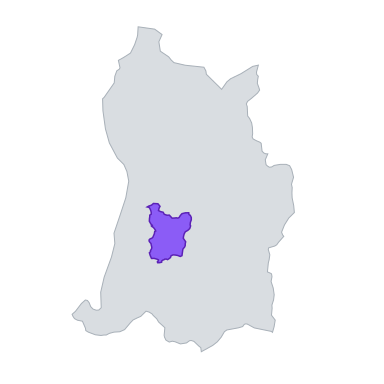 where Lovech sits in Bulgaria, rotated 277°
{"feature_id": "BGR-2247", "entity_name": "Lovech", "entity_type": "Province", "adm_level": 1, "iso_a3": "BGR", "parent_name": "Bulgaria", "parent_adm1": "", "projection": "albers", "projection_center": [24.557, 43.037], "detail": "fine", "context": "in_parent", "style": "filled", "palette": "violet", "viewbox_px": 384, "rotation_deg": 277, "n_neighbors": 0, "source": "natural_earth", "source_scale": "10m", "svg_char_len": 3569}
<svg xmlns="http://www.w3.org/2000/svg" viewBox="0 0 384 384"><g transform="rotate(277 192 192)"><path d="M326.0,242.4L318.9,241.4L316.5,241.9L315.0,243.7L311.8,243.5L307.8,243.6L303.7,245.7L301.4,246.7L298.2,245.0L292.3,239.7L288.7,236.1L286.0,235.2L283.5,236.4L274.2,238.0L272.0,240.2L267.8,242.8L263.4,244.1L257.2,245.1L253.9,245.0L252.1,246.2L250.7,249.8L249.7,253.3L248.8,254.7L241.0,256.6L239.4,258.7L238.9,260.6L239.1,262.6L232.9,260.8L228.1,262.2L227.0,263.7L226.0,265.8L226.6,268.1L228.4,270.3L230.2,276.3L230.9,282.2L230.0,285.7L226.4,288.2L219.0,291.0L211.8,289.8L208.6,290.9L203.3,291.3L198.4,292.1L190.9,294.6L184.1,296.1L177.9,291.2L170.6,287.8L163.0,285.8L160.3,287.3L159.2,288.5L152.8,284.1L149.9,282.5L148.5,280.8L145.9,274.9L144.3,274.7L139.1,276.9L134.0,276.8L131.0,276.4L121.9,276.6L120.7,280.6L119.6,281.2L117.6,281.7L112.8,281.4L106.6,284.3L100.0,286.1L94.8,286.1L89.5,285.1L86.3,285.7L79.4,285.9L75.0,290.2L68.2,289.9L62.5,289.0L63.3,287.7L64.7,270.4L67.7,262.8L67.6,261.2L67.0,260.0L64.6,258.7L62.8,254.5L59.3,243.4L57.3,241.2L51.5,238.7L46.4,235.4L42.2,231.2L34.6,220.7L38.6,219.7L39.8,217.7L44.0,212.1L44.5,209.3L44.1,207.7L41.5,204.9L39.8,199.0L41.3,193.4L41.5,190.6L40.3,187.7L41.8,184.2L44.6,182.4L46.4,181.8L54.0,181.6L58.9,174.7L61.8,172.5L64.8,168.5L66.2,167.1L67.6,164.0L68.1,160.9L62.3,156.3L60.3,152.9L57.8,149.1L54.3,146.5L47.2,141.9L44.5,137.4L43.4,131.6L41.6,127.2L39.6,124.3L39.3,122.0L38.5,119.1L38.5,113.5L40.3,106.1L41.5,103.5L43.9,102.8L50.4,99.0L50.8,93.9L52.0,90.8L54.1,89.0L56.0,87.9L59.4,90.9L67.8,95.8L71.8,99.3L71.6,101.4L69.6,103.4L65.9,105.4L63.7,108.1L63.0,111.5L63.5,113.9L66.1,116.0L81.4,113.6L96.8,115.2L117.6,120.0L131.4,121.7L141.6,119.6L160.5,123.5L178.1,127.0L195.0,127.9L204.4,124.9L211.0,121.0L216.6,113.8L230.6,104.0L244.1,98.4L261.8,93.7L273.6,91.9L275.3,93.3L290.8,101.5L297.5,101.3L303.1,102.6L305.1,104.9L306.5,105.4L313.7,102.9L317.1,107.6L322.4,114.0L331.2,117.1L338.9,118.7L341.4,118.9L349.4,118.4L349.1,135.1L344.6,143.1L337.1,140.8L327.9,143.4L323.3,152.4L320.6,155.1L318.2,158.3L317.0,169.8L317.3,188.6L313.9,191.0L310.6,191.9L297.5,208.9L305.6,213.2L309.2,216.6L315.4,226.2L324.1,237.0L326.0,242.4Z" fill="#d9dde1" stroke="#a8b0b8" stroke-width="1"/><path d="M157.8,194.7L155.4,194.2L153.4,192.5L151.7,190.2L149.3,189.3L146.9,189.0L145.0,189.0L141.8,191.8L139.8,191.6L138.1,191.8L136.5,191.4L135.3,190.6L134.1,189.9L127.6,189.8L126.6,188.2L127.3,185.4L127.4,183.1L127.3,180.9L126.2,179.0L124.3,178.6L123.0,177.3L121.9,176.0L122.3,174.6L122.0,173.1L121.3,172.4L120.9,171.4L120.0,170.4L118.6,170.4L117.9,168.5L117.6,166.6L118.4,166.1L119.3,166.8L120.6,166.9L121.1,165.3L121.5,162.5L121.1,159.9L123.8,158.3L126.5,157.1L127.7,158.1L128.8,157.9L130.4,158.7L131.7,158.9L132.9,158.6L134.4,158.0L135.8,157.6L136.7,156.6L137.7,155.6L138.6,155.3L139.6,155.4L140.5,156.3L141.2,157.7L142.2,158.6L145.8,159.7L148.3,159.8L148.6,160.2L148.8,160.7L149.6,160.4L151.3,158.9L152.3,157.7L152.7,156.7L153.3,155.9L153.8,156.7L154.4,156.3L155.1,155.2L157.8,153.2L160.9,153.0L162.0,153.1L163.9,152.9L165.0,154.2L166.3,154.1L167.7,153.7L169.2,153.0L170.6,152.1L171.5,151.2L171.7,149.4L172.7,150.7L174.0,153.4L175.9,155.1L176.2,159.6L173.9,162.0L171.9,161.3L169.5,161.0L168.7,163.2L168.4,165.8L166.5,167.2L165.9,170.0L166.3,172.3L163.6,175.5L164.2,178.6L164.5,179.6L164.3,180.6L164.6,181.5L165.1,182.3L167.3,183.3L169.3,184.7L170.5,187.9L171.0,191.3L169.4,191.7L168.9,192.3L168.7,193.1L166.6,194.4L164.3,194.7L161.7,194.1L159.0,194.1L158.6,194.6L157.8,194.7Z" fill="#8b5cf6" stroke="#5b21b6" stroke-width="1.5"/></g></svg>